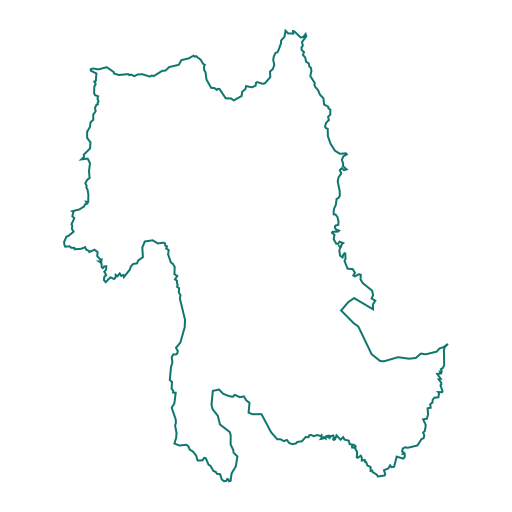 outline of Nam Nao, Phetchabun, Thailand
{"feature_id": "78962969B52588762248299", "entity_name": "Nam Nao", "entity_type": "district", "adm_level": 2, "iso_a3": "THA", "parent_name": "Thailand", "parent_adm1": "Phetchabun", "projection": "natural_earth1", "projection_center": [101.615, 16.847], "detail": "fine", "context": "isolated", "style": "outline", "palette": "teal", "viewbox_px": 512, "rotation_deg": 0, "n_neighbors": 0, "source": "geoboundaries", "source_scale": "gbopen_adm2", "svg_char_len": 5956}
<svg xmlns="http://www.w3.org/2000/svg" viewBox="0 0 512 512"><path d="M403.2,458.6L404.7,457.0L404.7,453.7L402.8,453.8L403.6,452.5L402.1,451.5L402.7,448.6L405.1,447.3L407.7,447.8L417.4,445.5L421.5,439.1L423.6,438.2L424.3,435.3L423.1,432.6L424.8,430.9L425.8,425.2L423.1,419.4L426.8,418.8L428.1,414.4L427.6,408.3L430.7,407.7L430.2,404.3L432.5,402.5L432.7,399.9L434.3,397.7L438.4,397.3L439.1,393.1L438.2,392.1L442.0,392.2L442.5,391.3L440.5,385.3L441.4,384.1L441.1,382.5L438.6,379.3L440.8,378.9L437.2,373.9L440.7,373.5L440.1,371.9L441.4,372.4L441.7,371.2L440.9,369.2L442.8,368.0L444.2,365.3L443.9,349.9L444.7,347.2L447.9,343.9L443.8,347.0L439.5,348.5L436.7,351.6L426.0,354.3L420.8,353.6L415.8,358.0L409.0,358.7L398.0,357.2L383.9,361.3L380.1,361.0L371.6,354.2L358.3,326.5L353.9,323.4L341.1,310.5L348.4,302.0L354.1,298.1L373.0,309.3L372.9,304.4L375.3,300.7L371.6,298.5L373.1,295.1L372.1,290.7L362.8,283.1L360.5,279.4L360.8,274.8L359.1,274.2L354.8,276.4L353.3,275.4L355.0,272.9L352.7,269.1L347.6,268.7L344.5,260.9L345.5,259.0L345.3,253.6L344.6,253.2L343.2,254.8L342.6,257.4L340.1,255.7L339.3,250.4L340.2,247.8L339.4,246.2L340.9,246.8L341.7,244.4L343.2,243.1L339.6,241.7L338.3,243.6L336.2,243.7L333.7,239.2L334.5,234.9L332.0,232.8L332.6,231.8L338.0,231.6L339.0,230.7L335.8,229.3L334.8,227.3L335.4,225.6L338.3,224.9L338.5,221.4L337.5,217.2L335.5,214.5L333.7,214.4L333.6,211.9L334.1,208.5L335.8,205.0L336.6,199.0L338.6,197.9L339.8,195.8L339.7,191.1L337.7,181.3L338.6,177.2L341.3,173.5L339.8,170.2L341.7,168.2L344.0,170.2L346.6,169.4L342.8,165.9L343.2,163.8L341.9,159.8L343.3,156.4L346.8,154.3L345.9,153.3L339.9,153.8L334.9,150.7L330.5,143.7L327.9,136.2L327.7,128.8L325.8,128.0L325.0,126.5L326.1,122.9L328.9,120.0L328.1,116.9L330.3,114.6L330.3,109.6L328.4,108.3L328.3,106.8L324.1,104.5L323.4,98.3L320.0,94.7L317.9,89.9L315.4,87.2L314.3,84.5L314.8,83.1L310.3,76.1L311.4,70.9L311.0,68.0L309.3,66.4L308.8,63.5L306.1,61.7L305.2,57.5L302.9,54.9L304.0,52.1L301.6,49.9L301.5,47.4L302.8,45.7L302.0,42.0L306.3,36.3L305.6,34.0L303.2,37.1L300.8,37.5L294.3,31.4L293.0,31.1L293.2,33.6L288.1,33.4L285.5,30.7L284.5,36.7L281.1,40.5L281.0,43.3L278.4,50.4L277.4,52.3L275.5,52.9L273.8,56.6L273.2,59.8L274.3,64.9L272.9,68.9L270.0,71.6L270.3,77.1L264.9,83.3L262.9,83.8L257.1,82.1L256.0,82.8L255.6,85.7L251.9,87.3L246.1,86.1L245.4,89.1L242.2,91.7L241.6,96.0L233.8,100.4L231.2,98.5L225.7,98.3L219.5,89.0L217.8,88.8L216.8,89.9L214.3,88.0L211.2,87.9L206.5,79.6L205.6,72.6L204.1,69.8L204.0,66.7L204.8,64.8L203.1,63.8L200.7,59.8L196.0,56.1L194.8,56.7L193.5,55.7L188.7,58.4L181.4,60.1L178.8,64.8L169.2,67.1L165.6,70.5L162.1,70.9L153.8,76.0L151.6,75.6L149.8,76.6L142.2,74.2L137.6,74.5L134.3,76.2L131.3,74.6L129.4,75.2L128.3,74.1L118.8,75.0L114.1,73.5L113.7,72.0L106.7,67.2L98.5,69.4L93.3,68.5L90.9,69.1L90.7,70.6L96.4,73.5L95.8,80.9L94.3,81.6L95.7,84.1L94.3,86.6L94.1,93.2L95.0,95.2L98.1,96.3L97.5,98.7L98.5,101.7L97.6,102.9L97.8,104.3L96.4,104.9L95.0,107.8L95.6,111.3L93.2,114.6L93.3,119.8L90.6,122.2L89.9,127.0L87.1,131.8L87.2,138.0L90.5,142.4L90.0,148.5L83.8,154.7L84.0,157.0L81.4,159.4L87.7,158.6L90.0,163.3L89.0,171.0L89.6,178.0L87.4,179.6L85.3,183.1L86.6,185.7L86.4,187.7L87.5,189.6L88.4,194.7L88.2,202.0L86.0,201.7L87.1,203.7L84.9,204.5L84.0,206.5L79.5,209.4L72.4,211.2L73.5,211.8L72.3,216.2L74.3,218.1L71.5,224.3L72.3,225.7L71.9,228.9L73.6,231.7L68.2,236.1L66.5,236.5L64.1,242.0L64.4,244.8L65.2,246.7L69.6,246.3L71.2,247.8L74.4,247.9L74.7,249.3L81.1,248.8L85.1,247.2L86.1,249.6L89.2,251.1L89.4,252.0L94.5,249.7L97.6,252.1L97.2,256.0L100.4,259.6L101.6,259.4L101.2,261.6L99.1,261.5L101.5,263.2L101.7,267.1L102.9,268.1L104.3,266.4L106.3,266.3L106.0,269.8L104.3,271.7L106.2,275.1L104.3,276.8L103.9,280.0L105.7,282.2L110.4,277.3L114.1,279.0L115.6,277.5L115.7,274.9L117.5,276.2L119.7,273.4L121.3,275.9L123.4,275.0L123.9,277.0L129.7,269.8L131.0,266.2L133.3,263.9L137.1,263.4L138.1,260.5L142.9,257.2L142.3,247.5L144.8,241.5L152.6,240.3L157.8,243.4L163.8,242.7L165.1,243.5L165.2,245.5L167.0,246.4L166.2,248.5L168.7,250.1L168.1,254.4L170.8,262.3L172.9,263.9L174.7,266.9L174.4,274.1L177.3,276.0L175.0,279.3L177.0,280.8L176.9,283.3L177.7,284.6L177.1,286.8L179.1,288.2L178.8,292.5L180.5,295.1L179.9,298.6L185.0,319.7L184.7,327.3L180.3,342.7L176.0,347.7L177.8,351.2L177.2,353.5L176.0,354.5L173.4,354.4L171.7,357.1L172.4,362.6L171.0,367.0L169.8,380.0L172.0,382.0L171.6,388.8L173.2,390.8L173.1,392.6L175.7,392.7L174.4,403.2L171.7,407.8L175.7,419.3L175.9,422.7L175.1,425.7L176.5,432.7L176.2,437.7L174.4,443.5L179.4,445.5L186.5,444.8L188.6,446.6L189.7,449.7L192.9,451.5L196.1,455.5L197.6,460.5L202.4,460.4L204.1,457.9L205.8,458.3L208.6,464.8L210.4,465.7L213.5,471.1L215.7,471.8L216.8,473.7L220.2,474.3L221.7,479.4L224.0,481.2L226.3,480.9L227.2,479.0L228.4,479.4L229.1,481.3L230.6,480.8L231.6,473.4L235.8,466.4L237.4,456.5L233.6,452.7L233.2,449.9L230.6,444.4L230.7,435.4L229.8,432.1L220.0,424.5L217.8,415.8L212.6,409.2L211.5,404.7L212.8,390.9L219.1,389.5L223.0,393.7L229.0,396.1L232.8,396.8L234.8,394.8L239.8,397.2L243.9,396.4L246.3,400.4L249.5,402.8L248.6,412.6L252.3,414.2L261.5,414.2L271.2,432.4L277.3,439.3L280.3,439.2L283.8,441.1L286.9,440.0L289.3,443.1L292.5,444.2L296.2,443.3L297.2,442.0L302.0,441.2L305.7,437.0L308.5,437.2L309.2,435.4L311.0,434.9L313.8,436.2L317.3,435.0L320.8,436.2L321.5,435.3L321.9,437.4L320.9,438.9L323.4,438.4L324.1,437.1L325.7,438.6L326.0,436.4L327.1,435.9L328.1,437.2L328.7,435.7L329.6,435.9L330.0,437.5L330.9,436.1L333.3,435.5L333.8,437.7L333.1,439.0L333.7,439.9L335.1,439.3L336.5,435.4L340.6,439.7L343.2,437.2L344.5,439.6L348.8,440.7L349.6,444.1L353.4,444.8L351.9,446.4L352.2,447.7L354.1,447.7L355.6,445.3L355.4,449.0L357.1,451.9L356.8,457.4L357.8,457.8L360.8,455.7L361.8,457.8L361.8,460.6L364.7,459.9L365.1,461.9L366.1,462.0L367.4,465.5L370.6,467.0L370.6,470.9L372.2,470.6L372.4,471.9L376.8,474.7L377.9,476.5L384.6,475.5L385.2,474.3L384.0,470.2L388.5,468.3L390.1,465.4L391.6,467.2L394.1,466.7L396.7,456.6L403.2,458.6Z" fill="none" stroke="#0f766e" stroke-width="2"/></svg>